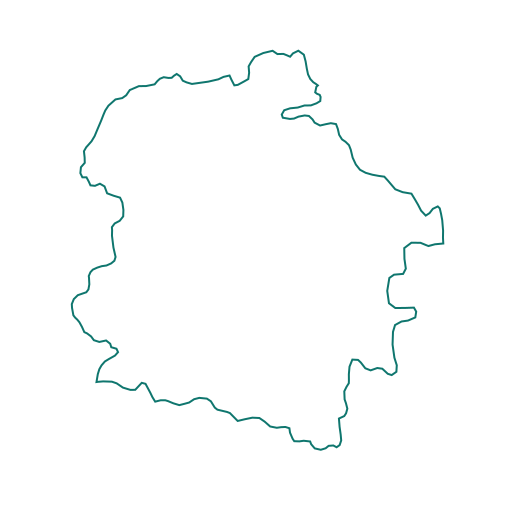 outline of Dzyatlava, Grodno, Belarus, rotated 82°
{"feature_id": "67162791B37208014069458", "entity_name": "Dzyatlava", "entity_type": "district", "adm_level": 2, "iso_a3": "BLR", "parent_name": "Belarus", "parent_adm1": "Grodno", "projection": "mercator", "projection_center": [25.377, 53.437], "detail": "fine", "context": "isolated", "style": "outline", "palette": "teal", "viewbox_px": 512, "rotation_deg": 82, "n_neighbors": 0, "source": "geoboundaries", "source_scale": "gbopen_adm2", "svg_char_len": 3441}
<svg xmlns="http://www.w3.org/2000/svg" viewBox="0 0 512 512"><g transform="rotate(82 256 256)"><path d="M269.7,68.8L263.9,68.3L257.0,67.2L246.5,66.6L239.9,66.9L234.4,67.4L232.2,69.1L233.9,74.3L237.7,78.2L239.6,82.3L234.1,86.2L227.8,88.4L221.7,90.9L215.9,93.4L213.2,101.9L209.3,108.8L199.7,114.9L195.3,117.9L193.9,122.9L191.7,129.5L188.9,135.8L185.1,141.0L179.3,144.4L172.1,146.6L163.8,147.4L159.2,148.5L155.3,151.5L152.5,154.6L147.6,156.8L141.5,157.3L136.5,158.4L134.9,163.4L135.2,168.6L135.7,174.4L132.1,179.4L128.6,181.0L124.7,184.1L123.6,188.2L123.9,194.5L125.2,199.2L125.0,203.3L122.8,210.2L119.5,210.8L115.6,207.8L114.5,201.7L114.8,194.0L113.7,187.1L114.5,180.7L113.2,174.8L111.5,170.8L107.5,169.9L105.3,170.5L103.8,173.1L102.2,174.6L96.9,172.7L95.7,171.0L93.8,172.9L91.9,175.1L88.3,177.6L83.4,179.2L77.6,179.6L70.2,179.8L63.3,180.6L58.6,185.5L60.5,191.2L63.4,194.5L61.6,197.4L59.7,200.7L59.0,206.7L55.1,211.0L56.0,220.5L57.2,224.7L58.6,229.6L63.3,233.9L67.2,236.9L73.6,237.3L79.7,239.0L81.4,243.3L84.0,250.2L84.0,253.7L78.0,255.8L73.6,257.1L74.1,263.2L75.8,268.7L76.7,279.1L76.7,287.7L76.7,295.5L74.4,300.6L72.2,304.1L67.5,306.1L64.7,309.2L66.1,312.2L67.8,314.7L67.5,317.9L66.1,322.5L67.1,326.5L69.1,329.4L71.9,332.5L72.4,341.1L71.5,348.4L74.1,357.9L78.8,362.2L81.0,366.5L81.4,373.4L86.6,381.2L90.9,385.0L94.7,387.3L100.4,390.5L108.2,395.2L114.8,399.1L119.5,402.9L123.1,407.1L124.7,409.0L128.3,411.8L134.6,412.0L139.9,412.6L143.7,417.0L149.5,418.4L153.9,417.0L154.5,412.9L159.2,411.2L163.0,410.1L164.1,405.7L162.7,400.5L166.0,396.3L173.2,394.7L176.5,388.6L179.3,382.5L184.5,380.9L192.0,380.9L198.3,382.0L202.2,386.1L204.1,391.4L207.4,394.7L210.4,394.9L215.9,395.8L227.8,396.0L237.4,395.2L241.0,396.9L243.2,400.5L244.6,405.4L244.6,410.1L245.4,414.8L246.8,419.5L249.0,422.2L252.6,424.4L254.3,424.4L260.9,425.0L265.8,426.6L268.3,429.1L269.1,433.3L270.0,437.9L273.3,442.4L278.0,445.1L281.8,445.4L289.3,445.1L291.8,443.7L294.2,441.8L297.0,440.1L302.0,438.2L307.5,436.6L309.1,434.1L312.7,430.5L316.8,428.3L319.3,423.1L318.8,416.2L322.6,412.6L326.2,412.0L328.4,407.1L332.0,406.0L335.0,409.5L337.5,415.9L339.4,420.3L342.8,424.2L346.3,426.9L351.0,429.1L358.6,431.5L358.6,430.1L358.9,424.8L360.4,416.2L362.7,411.7L367.8,406.1L371.1,399.0L371.7,394.2L365.7,386.8L367.2,383.2L376.7,379.7L381.4,378.2L386.2,376.1L385.6,370.5L386.2,366.0L387.4,363.4L390.4,358.3L393.0,352.7L392.4,347.3L391.8,342.6L389.2,337.2L388.6,331.9L390.4,324.5L393.6,320.9L400.4,317.9L402.8,315.6L406.4,306.4L407.9,303.7L416.8,297.1L416.1,289.9L415.6,282.1L416.9,275.2L421.2,270.5L426.8,265.7L429.0,259.3L429.0,255.0L429.4,250.7L431.2,246.9L435.7,246.9L442.0,245.2L444.7,243.9L445.6,238.9L445.6,234.5L447.2,228.2L450.0,227.6L454.7,224.6L456.9,218.8L456.1,213.8L454.1,210.5L454.4,205.8L456.6,202.8L454.9,199.5L450.5,197.3L444.5,197.0L436.8,197.0L428.5,196.5L426.8,190.9L424.3,188.7L419.9,186.8L414.4,187.4L410.3,188.2L402.3,187.4L398.2,184.6L394.9,181.8L392.1,181.3L386.0,180.5L378.6,178.8L372.0,175.0L373.1,169.4L376.1,167.0L382.4,163.4L385.2,158.4L383.8,151.5L385.2,146.6L391.0,141.9L392.8,138.2L390.2,133.1L383.8,131.8L376.0,133.1L362.7,133.1L350.2,130.9L343.7,127.9L341.1,121.0L341.1,114.5L339.0,106.8L333.4,105.1L329.1,106.8L328.2,115.4L326.9,125.3L321.3,130.9L308.8,130.9L296.3,127.0L293.7,121.9L294.2,112.8L289.4,109.4L279.5,109.4L268.8,108.1L264.5,100.3L265.8,91.3L270.1,84.0L269.3,77.1L269.7,68.8L269.7,68.8Z" fill="none" stroke="#0f766e" stroke-width="2"/></g></svg>